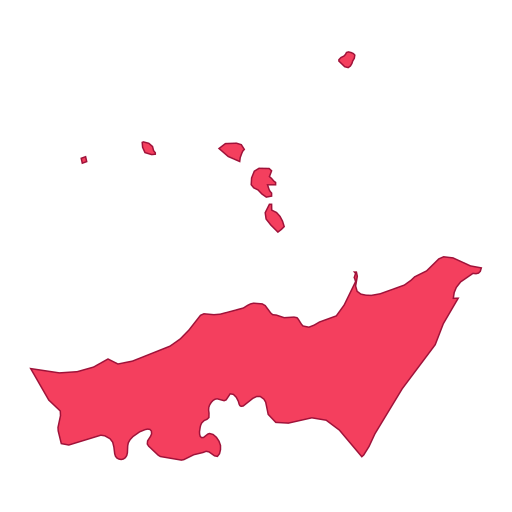 outline of Messina
{"feature_id": "ITA-5411", "entity_name": "Messina", "entity_type": "Province", "adm_level": 1, "iso_a3": "ITA", "parent_name": "Italy", "parent_adm1": "", "projection": "equal_earth", "projection_center": [14.885, 38.306], "detail": "fine", "context": "isolated", "style": "filled", "palette": "rose", "viewbox_px": 512, "rotation_deg": 0, "n_neighbors": 0, "source": "natural_earth", "source_scale": "10m", "svg_char_len": 3044}
<svg xmlns="http://www.w3.org/2000/svg" viewBox="0 0 512 512"><path d="M30.7,368.6L59.4,372.9L77.2,371.7L93.5,367.1L108.0,359.0L117.9,364.0L132.5,361.1L170.1,346.1L180.3,338.9L188.9,330.1L200.5,315.3L203.9,313.8L213.9,314.7L220.2,314.2L243.4,308.0L247.7,305.3L250.6,303.9L253.6,303.2L262.2,303.9L265.2,305.6L270.7,313.0L272.7,314.7L276.4,315.1L284.2,317.7L294.0,317.1L297.0,317.7L298.2,319.1L301.4,324.2L303.0,326.0L308.9,327.2L314.2,325.1L319.5,322.0L336.3,315.9L344.2,305.0L355.6,281.6L354.7,278.5L354.2,277.6L354.5,276.7L355.6,273.4L354.5,272.1L356.4,272.1L357.3,276.3L355.6,286.0L357.1,291.3L360.8,294.1L365.9,295.2L371.3,295.4L380.2,293.8L404.3,285.1L411.0,280.3L414.7,276.8L426.6,270.9L438.8,258.9L443.6,256.8L453.0,257.9L470.4,265.9L481.3,267.9L480.3,271.3L478.5,273.1L476.0,273.7L472.9,273.4L460.6,281.9L456.3,287.4L454.2,292.5L453.3,298.3L458.2,298.2L443.3,323.7L435.2,344.7L402.3,388.6L374.9,433.8L369.0,446.5L363.7,455.0L361.8,456.7L339.4,430.1L326.2,420.2L311.8,417.8L288.4,423.1L275.8,422.4L268.2,414.4L265.7,402.2L263.9,399.1L260.3,396.5L256.6,396.5L252.9,398.3L243.2,406.0L241.1,406.3L239.9,405.6L239.2,404.3L238.3,401.2L236.3,397.3L233.4,394.4L230.2,393.8L226.1,399.9L224.1,400.7L217.2,398.8L215.1,399.2L213.1,400.4L211.3,402.3L209.7,404.8L208.8,407.3L208.6,410.1L209.0,413.2L208.9,417.5L207.0,419.3L204.2,420.5L201.8,422.8L200.8,424.8L200.2,427.0L199.5,431.7L199.6,434.2L200.2,436.4L201.5,437.6L203.5,437.5L207.9,434.0L209.6,433.5L213.1,434.5L216.4,437.3L219.0,441.2L220.5,445.5L220.5,449.6L219.5,453.7L217.4,456.4L214.5,455.8L209.0,451.9L206.1,451.3L203.0,452.5L193.8,454.7L183.9,459.6L181.4,460.1L160.3,456.5L158.1,455.1L148.6,446.1L147.3,444.0L147.6,440.9L150.5,436.4L151.6,433.9L151.4,431.0L149.9,429.4L147.6,429.1L145.1,429.6L139.7,431.8L133.0,436.5L130.1,439.6L128.3,442.8L127.7,445.8L127.4,452.8L126.7,455.6L125.3,457.7L123.4,459.0L121.2,459.5L119.0,459.1L117.0,458.1L115.5,456.3L114.7,453.7L113.9,447.1L112.7,442.2L110.0,438.7L104.8,435.8L100.8,435.2L68.8,445.0L61.3,443.6L58.2,430.9L58.0,427.4L60.5,415.7L60.3,411.0L48.8,400.1L30.7,368.6ZM253.7,187.8L251.2,184.7L251.6,177.9L254.3,171.2L259.0,168.3L269.1,168.5L271.6,170.8L269.4,176.6L271.4,178.3L274.0,181.3L275.6,182.4L275.6,184.8L267.5,184.8L269.1,189.6L270.1,191.4L271.6,193.1L271.6,196.1L266.3,197.1L261.9,194.0L258.0,189.9L253.7,187.8ZM240.2,157.6L239.7,161.5L228.2,156.5L219.0,148.5L225.4,143.6L236.5,143.2L241.3,144.7L244.3,149.4L242.8,151.1L241.9,153.0L240.2,157.6ZM271.6,204.3L271.7,210.1L276.6,212.6L280.0,216.4L282.5,221.1L284.2,226.6L281.5,229.3L277.9,232.1L270.8,225.0L266.1,219.0L265.2,212.7L269.4,204.3L271.6,204.3ZM351.3,52.6L353.4,53.6L354.8,55.1L354.3,58.3L352.7,61.0L351.9,63.5L350.4,66.0L348.2,67.6L344.7,66.7L338.9,61.1L338.9,59.7L341.0,57.5L343.9,56.1L345.5,54.4L346.5,52.5L348.5,51.9L351.3,52.6ZM152.5,146.5L153.6,150.7L155.3,152.8L155.3,154.2L151.7,154.6L145.0,152.6L142.6,147.3L142.2,142.4L143.4,141.9L148.8,143.3L152.5,146.5ZM82.3,163.2L81.2,158.3L85.6,156.7L86.7,161.6L82.3,163.2Z" fill="#f43f5e" stroke="#9f1239" stroke-width="1.5"/></svg>